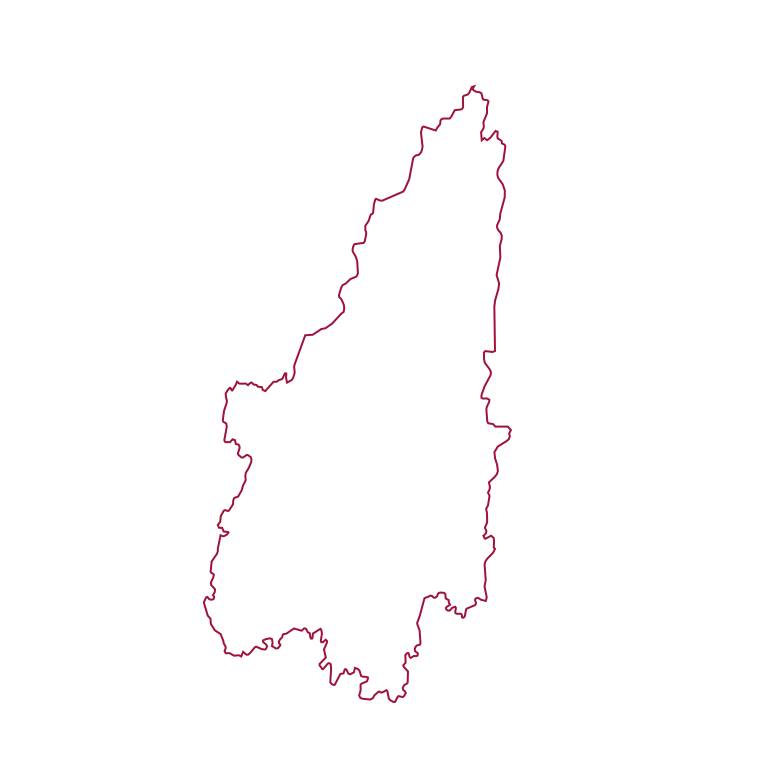 outline of Kurgan, rotated 284°
{"feature_id": "RUS-2380", "entity_name": "Kurgan", "entity_type": "Region", "adm_level": 1, "iso_a3": "RUS", "parent_name": "Russia", "parent_adm1": "", "projection": "equal_earth", "projection_center": [64.14, 55.502], "detail": "fine", "context": "isolated", "style": "outline", "palette": "rose", "viewbox_px": 768, "rotation_deg": 284, "n_neighbors": 0, "source": "natural_earth", "source_scale": "10m", "svg_char_len": 6089}
<svg xmlns="http://www.w3.org/2000/svg" viewBox="0 0 768 768"><g transform="rotate(284 384 384)"><path d="M694.6,399.4L691.4,398.4L689.9,402.2L690.2,406.5L689.5,408.3L685.4,410.4L683.9,411.7L684.4,414.8L684.2,416.0L683.3,417.1L677.7,416.9L671.6,418.5L662.3,417.1L657.7,418.6L655.9,418.7L651.8,417.3L644.1,419.9L646.9,421.8L645.5,425.1L649.0,427.8L656.5,431.0L656.2,433.3L651.6,434.1L649.8,434.9L648.7,438.4L648.0,439.5L646.0,440.2L645.4,443.1L643.8,444.3L629.4,445.8L620.5,442.8L617.6,442.7L614.4,443.4L611.7,444.8L606.4,451.0L601.0,454.4L594.1,456.0L577.5,455.6L571.6,456.5L565.4,455.3L562.9,456.0L560.7,457.9L558.9,460.6L556.5,462.4L552.9,463.1L546.0,463.0L534.9,466.3L516.9,466.9L509.4,471.4L503.7,472.0L491.9,471.6L486.0,472.3L442.9,483.7L441.4,481.8L440.4,474.3L438.7,473.3L431.9,475.2L429.0,476.7L423.8,483.0L421.4,484.9L418.5,485.3L405.7,482.1L396.7,481.3L394.2,481.9L393.8,483.4L394.9,487.5L394.2,490.0L392.2,490.4L386.9,489.3L384.3,489.4L372.6,493.3L371.1,494.6L371.5,499.6L369.6,502.3L372.6,514.5L370.0,518.3L366.2,517.4L363.8,518.7L360.8,518.5L358.2,516.7L350.8,509.5L344.6,507.6L338.7,509.8L333.0,513.3L327.0,515.6L323.7,515.3L320.8,514.0L313.9,509.6L310.0,511.6L307.7,512.0L303.6,511.2L301.5,513.2L300.4,513.5L291.3,514.3L287.6,513.3L284.0,515.0L276.7,517.1L274.4,517.5L269.0,516.7L265.9,519.0L263.6,519.0L260.8,517.2L258.6,519.0L258.4,519.9L262.7,524.6L261.1,527.7L258.2,528.8L251.8,530.1L250.9,531.6L247.0,530.8L239.4,526.4L236.7,525.4L233.4,525.2L218.2,530.2L212.0,530.5L201.8,535.3L198.1,535.2L198.1,530.7L199.3,526.8L198.0,524.8L196.5,524.5L193.6,526.3L191.6,526.0L186.2,518.8L185.1,518.2L178.6,518.6L177.0,518.1L176.3,517.3L176.6,516.1L178.8,515.4L179.7,514.1L178.7,510.6L178.9,508.9L180.2,508.2L184.1,508.0L185.1,506.9L183.4,504.4L180.0,502.5L179.6,500.8L180.4,498.9L181.6,498.3L182.8,498.6L185.8,501.5L187.7,499.7L190.0,499.0L190.8,495.8L195.1,494.3L195.6,493.5L195.8,492.2L195.3,489.2L194.7,487.9L193.7,487.2L190.7,486.8L189.0,485.4L188.8,483.8L189.9,482.0L190.0,480.6L185.9,475.1L167.8,474.8L160.4,474.0L159.3,474.2L153.6,478.1L141.4,482.1L139.6,481.8L138.5,479.4L137.7,478.8L136.3,478.1L134.0,478.0L132.3,478.8L131.1,481.6L130.2,482.2L128.5,482.2L127.7,480.9L127.4,478.9L124.7,476.2L125.1,475.1L128.7,473.0L128.9,472.4L128.0,471.1L126.0,470.3L118.8,472.4L115.7,470.7L114.2,471.8L110.9,476.8L99.9,479.2L98.6,478.5L96.7,476.4L93.8,475.7L92.1,476.4L90.4,479.2L89.4,479.9L85.6,478.8L84.7,477.5L84.7,473.6L83.2,472.8L78.3,471.7L77.8,470.3L78.4,467.4L79.6,465.0L86.9,461.5L87.5,460.4L84.8,457.6L83.9,455.9L84.4,453.6L84.1,453.1L79.6,450.0L76.4,449.2L74.5,446.9L73.4,439.2L73.8,436.9L75.6,435.3L81.3,435.4L86.6,434.0L87.7,434.6L91.4,439.4L94.7,439.7L95.4,439.3L95.5,437.5L94.9,434.1L95.1,432.5L99.9,429.6L101.2,427.4L101.5,424.5L97.0,424.6L94.1,421.3L94.4,419.4L97.8,416.7L98.0,415.5L97.6,415.0L93.4,414.7L92.1,411.8L80.3,409.0L79.8,408.3L80.2,406.0L81.6,404.0L94.4,401.7L99.2,400.1L99.9,398.3L99.1,397.1L92.5,393.8L92.4,393.2L95.4,389.6L96.7,389.2L104.5,393.7L111.9,390.0L119.9,391.3L121.0,390.7L121.7,389.2L118.7,387.3L118.3,385.8L118.6,385.3L120.0,384.7L126.7,384.2L130.3,382.6L131.1,381.6L124.7,375.4L120.2,376.0L119.6,375.8L119.3,374.9L120.2,373.9L124.2,372.3L124.7,370.1L127.6,367.6L127.8,366.9L127.6,365.7L124.7,363.8L125.0,355.8L118.1,349.6L116.9,346.9L116.3,346.5L113.6,346.4L110.7,344.8L108.4,344.3L107.1,344.9L106.3,346.2L105.3,346.6L102.1,345.1L101.2,343.4L102.6,338.7L106.0,338.5L109.4,337.0L109.6,334.7L107.9,331.2L106.1,328.8L105.4,328.7L104.3,329.3L102.9,332.4L101.3,334.0L98.7,333.7L97.5,332.7L97.2,329.6L98.2,323.5L97.3,322.4L90.5,319.1L88.4,317.5L88.1,315.9L90.0,312.1L85.1,311.4L85.7,308.9L84.1,304.2L85.5,299.2L84.5,296.0L84.9,295.0L86.3,293.9L88.8,294.3L90.9,293.8L93.8,291.1L96.0,290.2L101.9,285.9L104.1,279.3L109.4,274.0L114.3,272.4L116.6,269.0L128.5,262.0L134.0,263.1L134.6,264.2L133.0,266.3L132.8,268.0L133.3,269.6L134.1,270.6L135.8,270.8L136.5,270.6L137.7,269.1L141.1,270.1L143.8,269.8L147.3,264.8L149.4,264.1L155.0,265.1L157.5,265.1L158.2,264.6L159.3,261.6L159.9,261.2L170.1,259.7L178.8,263.0L181.7,263.2L183.8,262.6L197.7,262.0L197.3,264.3L197.6,265.5L200.1,268.2L202.3,269.0L202.6,268.6L202.1,264.1L205.3,261.7L204.6,258.7L207.0,256.8L210.6,258.4L216.3,257.6L221.7,259.0L222.9,259.7L223.2,260.4L223.0,263.4L223.9,264.3L230.7,266.6L234.6,265.9L236.7,266.1L237.5,266.6L239.4,269.7L246.7,271.7L250.9,271.7L257.2,273.1L261.2,271.7L264.3,271.4L270.0,273.1L276.3,274.1L279.0,273.5L280.8,272.5L282.0,269.4L282.0,268.0L278.4,264.8L278.3,263.3L279.9,260.1L281.2,259.0L286.9,259.4L288.7,258.8L290.0,257.5L289.9,254.7L293.4,253.1L293.7,250.5L290.3,248.6L289.2,244.2L289.9,243.2L291.2,242.6L304.5,241.8L307.5,240.5L308.5,237.2L309.7,236.4L318.9,235.3L327.9,235.9L330.1,235.5L332.8,233.9L336.5,232.7L339.9,233.7L343.0,235.3L342.9,236.1L341.0,237.8L340.9,238.2L341.4,238.5L347.1,240.3L350.7,240.9L349.4,243.3L349.8,245.7L351.0,249.7L350.0,252.3L352.7,254.0L353.4,255.1L352.0,257.6L352.2,260.6L350.9,262.2L351.4,266.3L348.9,267.8L348.4,270.5L359.4,276.3L360.3,279.4L362.2,280.9L364.3,284.1L370.3,285.3L370.7,286.2L370.4,286.7L366.2,287.5L361.9,289.6L365.7,293.6L368.2,294.4L373.4,294.6L379.1,292.6L381.9,292.6L412.2,295.8L414.6,303.0L422.2,309.9L423.9,313.7L430.1,319.1L441.5,325.3L444.2,327.4L447.4,327.2L450.9,326.0L455.7,322.4L457.5,319.5L459.6,318.8L467.3,319.2L469.9,319.9L472.5,322.8L477.7,326.0L481.3,330.9L482.6,331.6L485.2,331.9L496.6,328.3L500.8,325.7L505.0,321.6L506.9,321.0L510.0,320.9L512.1,321.3L512.7,321.9L516.0,330.1L517.8,330.8L525.2,330.5L527.1,329.9L528.7,328.7L533.0,327.6L538.4,329.6L544.6,330.1L545.6,330.5L546.1,331.5L547.7,332.0L556.3,330.7L561.2,331.0L561.8,331.5L561.0,335.9L561.5,338.0L575.4,356.1L577.8,357.0L588.7,358.9L610.0,357.7L611.7,358.2L613.7,359.9L614.6,362.1L616.3,363.2L618.2,364.0L620.8,364.2L623.7,364.0L637.0,359.0L642.2,359.0L643.4,360.0L642.5,372.9L645.9,373.8L649.5,375.6L653.6,375.1L655.0,375.8L656.0,377.5L657.5,383.6L659.7,384.6L666.8,386.4L668.9,392.0L669.8,393.2L671.7,393.8L681.8,391.1L683.1,391.9L685.1,395.2L687.1,396.2L693.5,397.5L694.6,399.4Z" fill="none" stroke="#9f1239" stroke-width="2"/></g></svg>